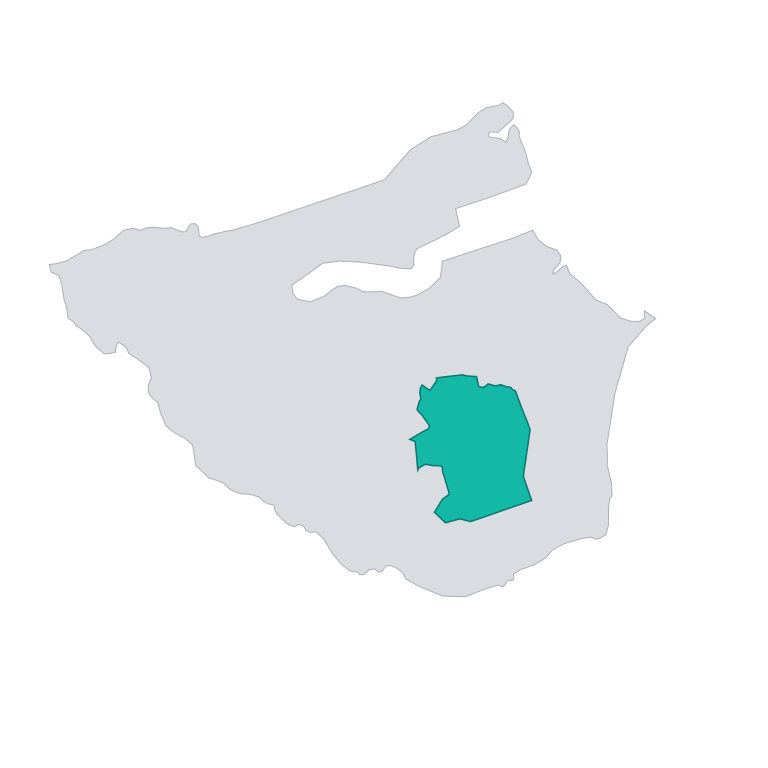 Linguere, Louga, Senegal (highlighted), rotated 161°
{"feature_id": "50182788B14678638932037", "entity_name": "Linguere", "entity_type": "district", "adm_level": 2, "iso_a3": "SEN", "parent_name": "Senegal", "parent_adm1": "Louga", "projection": "natural_earth1", "projection_center": [-15.296, 15.307], "detail": "fine", "context": "in_parent", "style": "filled", "palette": "teal", "viewbox_px": 768, "rotation_deg": 161, "n_neighbors": 0, "source": "geoboundaries", "source_scale": "gbopen_adm2", "svg_char_len": 8393}
<svg xmlns="http://www.w3.org/2000/svg" viewBox="0 0 768 768"><g transform="rotate(161 384 384)"><path d="M580.1,351.8L588.6,368.8L586.8,376.9L584.9,388.8L589.7,397.5L595.4,403.1L599.4,408.3L603.9,415.5L604.7,429.7L603.9,440.0L606.8,444.7L609.3,450.5L608.8,455.4L607.2,459.7L601.8,465.5L601.0,476.1L609.8,489.0L615.5,496.1L615.4,500.1L617.0,504.5L621.2,509.7L623.7,508.5L626.5,504.2L627.8,501.3L635.4,502.6L639.0,504.0L643.8,512.4L645.6,518.0L646.8,525.1L651.9,533.9L656.4,540.1L657.3,543.9L661.3,549.2L658.9,560.8L659.2,566.8L656.5,582.4L656.0,589.8L656.1,592.5L662.2,598.1L661.6,606.0L655.5,604.6L644.9,603.7L623.7,607.8L616.4,606.1L602.5,606.7L592.6,608.9L580.0,614.1L570.2,612.8L564.9,608.8L557.9,609.0L550.1,606.9L541.7,603.0L534.1,601.0L525.9,593.8L522.0,592.5L519.3,594.4L517.1,596.8L514.7,598.3L510.2,597.0L508.5,592.1L509.9,587.3L510.3,583.7L508.2,581.8L503.2,581.1L495.1,581.1L482.0,579.7L479.0,578.8L449.7,577.5L419.4,577.4L393.6,577.3L361.1,577.1L338.3,577.0L317.0,576.9L300.5,586.5L282.7,596.9L258.8,602.5L231.2,600.4L222.4,601.9L213.2,606.5L206.5,609.9L197.0,611.9L184.8,610.2L179.8,611.2L176.7,606.5L173.2,598.8L175.4,593.2L182.9,589.6L194.2,584.8L200.1,587.3L203.5,587.4L204.2,584.3L203.1,582.7L194.6,578.6L190.2,573.1L186.5,576.3L183.4,583.0L180.8,585.0L176.9,586.9L174.7,582.3L173.8,577.9L175.6,574.5L174.7,555.4L175.8,545.2L175.2,536.3L180.6,530.4L185.6,526.8L205.3,526.4L223.6,526.1L241.3,526.3L259.3,526.5L261.1,508.7L266.8,507.3L275.3,505.4L291.1,503.3L308.8,501.2L312.6,497.7L315.5,491.8L317.4,486.5L321.0,484.2L326.0,486.0L332.5,488.8L339.2,493.1L346.9,497.1L352.0,499.6L364.4,505.9L385.5,514.6L402.8,518.1L423.8,511.7L438.9,507.6L440.8,499.9L438.4,492.5L427.1,485.6L411.8,486.4L407.1,488.2L400.0,490.5L395.7,491.4L388.5,489.8L379.3,483.9L373.5,477.9L365.4,475.1L355.8,472.3L340.5,460.0L332.5,457.8L324.9,457.2L310.3,459.6L296.1,466.2L288.6,481.1L274.4,480.9L244.2,480.4L216.4,480.0L193.5,481.0L191.2,470.2L185.8,461.5L177.0,454.2L175.1,447.4L178.0,441.4L186.6,436.5L188.5,433.0L184.1,433.6L177.3,436.7L172.8,436.9L172.3,427.5L164.8,415.3L156.5,394.7L146.9,386.2L139.0,369.6L130.6,363.2L123.0,360.2L116.4,360.8L114.0,368.4L105.8,357.5L117.0,353.6L140.9,339.8L168.4,300.5L193.1,253.9L196.3,242.9L199.3,234.5L201.3,215.5L204.8,204.1L208.1,202.0L212.3,193.3L217.4,178.0L223.1,169.5L229.4,167.9L234.4,168.6L237.9,171.8L248.3,173.7L265.4,174.4L278.7,172.2L288.1,166.9L300.4,164.2L315.6,164.1L323.7,161.9L324.5,157.5L326.4,156.2L329.6,157.9L332.6,157.3L335.4,154.1L338.2,153.9L341.0,156.6L353.8,157.4L376.5,156.4L397.6,164.4L416.9,181.4L426.9,192.8L427.5,198.6L430.7,204.3L436.5,210.1L441.8,211.2L446.6,207.5L450.3,207.9L453.1,212.3L458.6,213.3L464.7,210.5L469.1,211.5L469.9,214.1L470.9,215.5L473.9,216.1L477.9,219.5L483.5,228.6L488.1,241.2L491.6,257.5L496.3,266.3L502.1,267.7L505.4,271.1L506.1,274.9L507.8,277.6L510.6,279.0L515.4,278.2L521.2,283.6L527.4,295.6L528.4,300.9L527.4,303.8L527.8,305.9L531.9,307.9L535.7,311.8L538.9,317.7L545.8,322.9L556.2,327.4L563.8,334.3L568.5,343.3L578.1,350.9L580.1,351.8Z" fill="#d9dde1" stroke="#a8b0b8" stroke-width="1"/><path d="M282.3,233.5L282.3,234.4L282.3,235.7L282.3,237.2L282.3,240.2L282.3,243.0L282.3,245.9L282.3,248.8L282.2,250.6L282.3,251.0L282.3,251.3L282.1,251.7L281.2,253.6L280.7,254.6L280.5,254.9L280.4,255.1L280.0,256.0L279.2,257.6L278.8,258.3L277.7,260.5L276.6,262.4L276.3,262.9L276.1,263.5L275.8,263.9L275.4,264.7L274.5,266.4L273.1,269.4L271.5,272.3L270.1,275.1L270.0,275.3L268.5,278.2L266.9,281.2L266.1,282.8L266.0,283.1L265.8,283.6L265.4,284.2L264.8,285.2L264.8,285.3L263.9,287.1L262.3,290.1L260.8,293.0L260.8,294.4L260.8,295.7L260.8,297.0L260.8,299.3L260.8,300.2L260.8,300.5L260.8,301.3L260.9,301.7L260.9,302.9L260.9,304.1L261.0,305.5L261.1,305.8L261.1,306.0L261.1,307.0L261.2,308.8L261.4,310.5L261.4,311.4L261.4,313.2L261.4,313.4L261.5,314.8L261.5,316.0L261.6,317.9L261.6,318.9L261.7,319.7L261.7,321.6L261.8,323.6L261.8,325.5L261.9,327.1L261.9,328.7L261.9,329.7L262.0,330.8L262.0,331.8L262.0,332.9L261.8,333.5L262.0,334.3L262.2,334.9L262.3,335.0L262.5,335.4L262.9,335.6L263.2,335.7L263.3,335.8L263.6,335.9L263.7,336.2L263.9,336.4L264.1,336.7L264.2,336.9L264.4,337.1L264.5,337.3L264.6,337.5L264.8,337.8L264.8,338.0L264.8,338.4L264.9,338.7L265.0,338.9L265.1,339.2L265.3,339.4L265.6,339.6L266.0,339.8L266.2,340.1L266.5,340.2L266.8,340.4L267.1,340.5L267.5,340.8L268.2,341.1L268.6,341.3L269.2,341.6L269.5,341.8L269.9,342.2L270.2,342.4L270.9,343.0L271.4,343.3L271.9,343.8L272.6,344.3L273.0,344.7L273.7,345.1L273.9,345.2L273.9,345.3L274.2,345.4L274.4,345.4L274.6,345.4L274.8,345.4L274.9,345.5L275.1,345.5L275.3,345.5L275.5,345.5L275.8,345.5L276.1,345.5L276.3,345.6L276.5,345.6L277.0,345.6L277.3,345.6L277.5,345.7L278.0,345.8L278.5,345.9L278.8,345.9L279.1,346.0L279.3,346.0L279.5,346.1L279.9,346.3L280.2,346.4L280.3,346.5L280.5,346.6L280.8,346.8L281.0,346.9L281.2,347.1L281.6,347.5L281.8,347.6L282.1,347.8L282.4,348.0L282.5,348.1L282.8,348.3L283.1,348.6L283.4,348.7L283.8,349.0L284.1,349.2L284.4,349.4L284.7,349.7L285.0,349.9L285.4,350.1L285.5,350.2L285.8,350.2L286.0,350.2L286.3,350.0L286.6,349.9L287.0,349.7L287.3,349.5L287.6,349.4L287.9,349.3L288.1,349.2L288.3,349.2L288.5,349.1L289.0,348.9L289.4,348.7L289.5,348.6L289.9,348.6L290.1,348.6L290.3,348.5L290.5,348.5L290.9,348.6L291.1,348.6L291.4,348.7L291.6,348.8L291.9,348.8L292.1,348.9L292.2,349.0L292.3,349.0L292.6,349.1L292.9,349.2L293.1,349.3L293.3,349.5L293.7,349.6L294.0,349.8L294.4,350.0L294.6,350.1L294.9,350.1L295.1,350.2L295.2,350.3L295.2,350.5L295.3,350.9L295.2,351.1L295.2,351.4L295.1,351.7L295.1,351.9L295.1,352.2L295.1,352.7L294.9,353.1L294.9,353.5L294.8,353.9L294.8,354.4L294.8,354.8L294.7,355.2L294.7,355.6L294.7,356.3L294.6,356.7L294.5,357.2L294.4,357.7L294.4,358.3L294.3,358.6L294.1,360.9L296.1,361.7L297.9,362.5L299.8,363.3L301.6,364.1L303.5,364.9L305.1,366.0L306.7,367.1L307.5,367.3L308.9,367.6L310.4,367.9L311.9,368.2L313.3,368.5L314.4,368.8L315.5,369.1L316.7,369.3L317.8,369.6L319.0,369.8L320.2,370.1L322.1,370.5L323.7,370.9L325.3,371.2L326.9,371.6L327.8,371.7L328.3,371.8L329.7,372.1L331.1,372.3L332.5,372.6L333.1,370.0L334.7,368.9L335.4,368.2L337.9,366.5L340.3,364.7L342.8,362.9L344.6,365.5L346.5,368.0L348.3,370.6L349.5,369.5L350.9,368.2L351.6,366.8L352.3,365.5L353.0,364.2L353.2,362.5L353.5,360.9L353.8,359.3L354.0,357.7L356.1,356.3L357.3,354.6L358.5,352.8L359.7,351.1L361.0,349.4L360.7,347.6L359.8,345.6L358.9,343.7L358.0,341.7L357.3,339.3L356.6,336.8L355.9,334.3L355.2,331.9L354.5,329.4L354.7,329.2L357.2,326.9L358.6,326.8L360.0,326.7L361.4,326.5L363.6,326.1L365.9,325.6L368.1,325.2L370.4,324.7L372.6,324.3L374.9,323.8L375.8,323.6L376.7,323.4L377.6,323.2L375.5,321.4L373.2,319.4L373.7,317.5L374.0,316.4L374.7,313.3L375.1,311.8L375.5,310.2L376.2,307.2L377.0,304.1L377.1,303.4L377.3,302.7L377.8,301.0L378.5,297.9L379.3,294.9L379.5,293.8L379.8,292.7L380.0,291.7L378.7,293.2L377.3,293.5L375.9,293.8L374.5,294.0L372.2,294.6L370.1,294.3L367.7,292.8L365.6,291.6L364.6,291.0L363.4,290.6L362.3,290.2L361.2,289.8L358.5,288.6L357.0,288.0L355.9,286.4L356.0,286.0L356.3,284.9L356.8,283.4L357.2,281.9L357.2,280.1L357.2,278.3L357.2,276.5L357.3,273.9L357.5,271.4L357.6,268.8L357.7,266.3L357.8,263.7L357.9,261.1L358.1,258.6L359.7,258.0L361.4,257.5L363.1,257.0L364.8,256.4L366.5,255.9L368.4,254.3L370.3,252.7L372.3,251.1L374.2,249.5L375.5,248.4L376.8,247.4L378.2,246.4L377.3,244.9L375.8,241.9L374.2,238.8L372.7,235.8L371.9,234.4L371.1,232.8L370.4,232.7L368.7,232.6L367.4,232.5L366.3,232.5L363.9,232.3L362.4,232.2L362.1,232.2L361.5,232.2L359.1,232.0L356.7,231.9L356.6,232.0L355.9,231.5L355.3,231.2L354.2,230.5L351.7,228.9L349.3,227.3L346.8,225.7L345.7,225.7L345.4,225.7L344.4,225.7L341.9,225.7L339.5,225.7L337.0,225.7L336.1,225.7L335.1,225.7L334.1,225.7L333.2,225.7L331.8,225.7L330.5,225.7L329.1,225.7L327.7,225.7L326.3,225.7L325.0,225.7L324.1,225.7L323.6,225.7L323.0,225.7L322.2,225.7L321.4,225.7L320.8,225.8L319.8,225.8L319.7,225.8L319.4,225.8L318.1,225.8L316.7,225.8L315.3,225.8L313.9,225.8L312.6,225.8L311.2,225.8L309.8,225.8L308.4,225.8L307.0,225.8L305.7,225.8L304.3,225.8L302.9,225.8L301.5,225.8L300.2,225.8L298.8,225.8L297.4,225.8L296.0,225.8L295.1,225.8L293.3,225.8L291.9,225.8L290.5,225.8L289.1,225.8L287.8,225.8L286.4,225.8L285.0,225.8L283.6,225.8L282.3,225.8L282.3,227.1L282.3,227.9L282.4,228.4L282.3,228.8L282.3,229.3L282.3,229.8L282.3,230.3L282.3,231.3L282.3,232.0L282.3,232.8L282.3,233.5Z" fill="#14b8a6" stroke="#0f766e" stroke-width="1.5"/></g></svg>